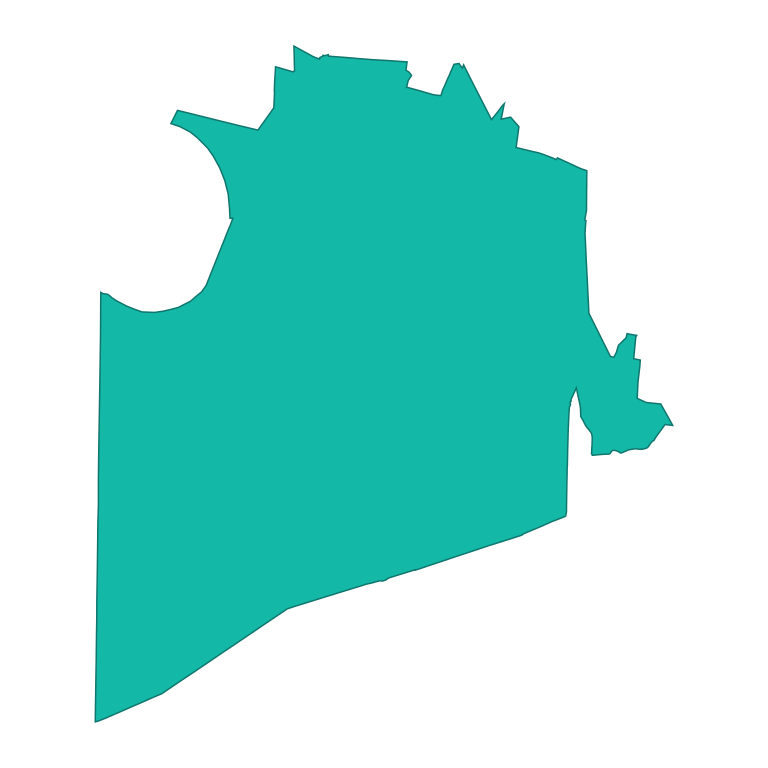 Atenco, México, Mexico
{"feature_id": "50627088B50781851998453", "entity_name": "Atenco", "entity_type": "district", "adm_level": 2, "iso_a3": "MEX", "parent_name": "Mexico", "parent_adm1": "México", "projection": "equal_earth", "projection_center": [-98.95, 19.543], "detail": "fine", "context": "isolated", "style": "filled", "palette": "teal", "viewbox_px": 768, "rotation_deg": 0, "n_neighbors": 0, "source": "geoboundaries", "source_scale": "gbopen_adm2", "svg_char_len": 5086}
<svg xmlns="http://www.w3.org/2000/svg" viewBox="0 0 768 768"><path d="M177.5,110.4L174.2,117.0L170.9,123.6L179.9,126.6L183.1,128.3L190.2,132.0L197.2,137.6L202.3,142.7L207.5,147.9L213.2,156.0L219.8,168.0L224.8,180.6L228.2,194.0L229.5,208.0L230.0,218.3L232.9,218.3L229.5,227.2L229.3,227.3L223.0,243.1L218.8,253.6L212.5,269.4L206.2,285.3L201.6,291.9L198.4,294.4L190.4,301.3L184.4,304.3L178.4,307.4L173.6,308.7L163.8,311.1L154.7,312.4L148.3,312.2L141.9,311.9L133.8,309.0L126.7,306.1L116.5,300.8L114.3,299.3L112.1,297.9L109.9,295.9L107.5,294.2L103.1,293.7L100.8,292.4L100.7,302.0L100.6,323.3L100.5,336.4L100.3,352.1L99.8,385.5L99.2,422.5L98.7,453.8L98.4,482.2L98.4,504.9L97.9,522.8L97.5,555.7L97.3,571.1L97.1,584.3L96.8,603.1L96.8,616.1L96.5,633.7L96.3,649.8L96.2,661.0L96.1,665.7L95.8,685.0L95.3,718.2L95.3,721.9L98.9,720.8L105.9,718.0L113.3,714.8L120.7,711.6L126.4,709.1L133.9,705.8L139.5,703.4L149.2,699.1L155.0,696.6L162.0,693.6L166.5,690.5L175.0,684.7L184.8,678.1L192.3,673.1L198.1,669.2L206.5,663.5L214.9,657.8L223.1,652.2L230.4,647.3L238.6,641.8L248.6,635.0L254.7,630.9L262.0,625.9L270.2,620.4L280.7,613.3L287.5,608.7L289.6,608.1L294.3,606.5L305.3,603.1L312.4,600.9L322.0,597.9L328.9,595.8L335.6,593.7L346.3,590.4L351.8,588.7L358.7,586.6L366.2,584.2L370.9,583.2L373.1,582.6L376.3,581.7L380.2,580.7L382.5,581.1L386.3,579.8L386.5,579.7L387.1,579.0L387.8,578.5L388.4,578.2L388.9,577.9L389.6,577.7L396.3,575.6L405.6,572.7L415.0,569.8L415.1,570.2L419.8,568.7L429.2,565.5L438.6,562.4L448.1,559.2L452.8,557.6L462.2,554.5L471.6,551.4L477.3,549.5L488.6,545.7L494.5,543.9L502.6,541.3L509.7,539.1L516.8,536.8L521.7,535.2L523.3,534.0L526.5,532.5L535.9,528.6L542.7,525.7L551.4,521.8L565.1,516.5L565.7,515.8L566.5,511.9L566.5,510.0L566.5,507.0L566.6,501.5L566.7,493.4L566.8,488.7L566.8,487.9L566.9,481.9L567.1,473.6L567.1,471.9L567.2,466.8L567.4,465.8L567.4,464.0L567.6,455.0L567.6,452.5L567.8,445.2L567.9,441.2L568.1,434.0L568.2,431.0L568.6,420.7L568.9,416.0L568.9,413.2L569.0,412.7L569.4,407.3L570.5,404.6L570.1,402.0L570.6,401.7L571.0,401.5L571.1,399.3L574.9,391.1L576.3,387.9L576.7,389.5L577.2,391.9L578.0,395.8L579.0,400.5L579.5,402.1L579.6,403.2L580.1,405.8L580.5,408.9L580.6,411.8L580.7,415.2L580.7,416.3L581.4,417.7L582.4,419.4L583.3,421.0L585.7,425.7L586.0,426.1L587.4,428.0L588.8,429.6L589.7,430.8L590.6,431.9L591.2,433.0L591.7,434.1L592.2,436.9L592.2,440.8L592.1,442.1L592.0,445.4L591.8,447.8L591.7,450.0L591.7,451.8L591.5,453.8L591.9,454.2L592.3,455.3L602.1,454.4L608.5,454.1L609.6,453.9L610.4,453.2L611.3,451.7L611.8,451.0L612.6,450.6L613.4,450.4L614.5,450.3L617.8,451.2L619.2,452.2L620.1,452.8L620.8,453.0L621.6,452.9L627.8,450.2L629.5,449.7L631.5,449.3L632.5,449.2L633.4,449.0L635.7,448.8L638.3,449.1L639.4,449.2L641.3,449.3L642.6,449.2L643.6,448.9L644.5,448.7L646.1,448.3L647.6,447.5L648.8,446.1L651.3,442.4L652.2,441.5L653.5,440.6L654.2,440.1L655.4,437.8L664.6,425.1L665.3,424.6L672.7,425.4L666.8,414.7L660.8,404.0L651.1,403.0L646.2,402.5L637.2,398.4L638.0,381.9L639.9,365.7L640.0,364.0L640.3,360.1L639.7,359.9L637.4,359.5L634.1,358.8L633.7,358.7L635.8,336.9L636.7,335.4L631.3,334.5L627.1,333.6L626.1,337.8L622.3,341.5L618.5,345.3L617.7,347.8L616.5,352.1L616.4,352.3L613.8,357.3L610.4,356.4L607.3,350.2L601.8,339.2L597.2,329.9L597.1,329.7L592.7,320.9L590.9,317.3L590.7,316.9L589.1,313.6L588.9,313.3L588.4,302.9L588.4,302.3L588.2,299.1L587.9,293.3L587.9,292.9L587.7,289.9L587.5,284.2L587.0,275.0L586.8,272.2L586.8,271.9L586.8,270.5L586.3,261.7L586.2,258.8L585.7,247.9L585.3,239.5L585.2,237.2L585.1,235.0L585.0,234.8L585.1,231.6L585.4,227.3L585.9,220.6L584.8,220.1L584.8,219.9L586.5,210.3L586.5,210.2L586.6,191.1L586.6,190.9L586.7,185.7L586.7,184.2L586.7,180.5L586.8,171.4L586.8,171.2L586.8,170.7L580.7,168.6L576.1,166.5L566.8,162.2L557.5,157.9L556.2,159.6L553.5,158.3L542.4,154.1L538.4,152.8L531.2,151.2L526.3,150.0L516.1,147.5L518.9,126.7L510.6,117.2L501.3,119.1L501.4,118.2L504.0,104.9L504.3,103.7L502.2,105.8L499.7,109.2L497.4,112.3L491.5,119.6L485.9,108.7L479.7,96.6L473.7,84.9L469.2,76.0L463.6,64.9L462.4,68.1L460.9,66.3L459.0,63.5L454.0,64.3L450.7,71.8L449.4,75.0L447.3,79.5L445.1,84.7L442.7,89.9L440.9,95.6L437.9,95.3L433.6,94.8L426.7,92.8L426.3,92.7L421.2,91.2L412.6,88.8L407.0,87.3L406.6,87.4L408.0,81.3L408.2,80.5L411.5,75.6L410.6,74.0L408.8,72.0L405.9,70.1L406.1,69.3L407.0,62.3L407.1,61.9L387.1,60.5L377.9,60.0L373.3,59.7L372.7,59.7L370.1,59.5L368.9,59.4L366.7,59.2L358.5,58.6L353.3,58.1L342.2,57.2L332.8,56.5L328.5,56.1L328.3,54.7L324.0,55.8L323.5,55.2L323.1,55.2L322.5,56.3L319.9,57.5L319.6,59.1L316.4,57.9L314.3,57.1L313.1,56.6L312.9,56.5L312.3,56.2L311.7,55.8L305.7,52.5L300.7,49.8L295.6,47.0L294.4,46.3L293.9,46.1L294.1,51.0L294.1,54.1L294.1,54.3L294.2,55.5L294.3,61.4L294.4,65.1L294.5,68.8L294.6,70.8L292.9,71.8L282.8,68.9L279.1,67.8L275.5,66.8L275.4,68.6L275.2,73.1L275.0,75.6L274.5,85.4L274.3,91.2L274.6,91.3L273.8,107.8L272.6,109.5L265.4,119.7L260.5,126.5L258.0,130.1L252.0,128.7L249.2,128.0L238.6,125.5L228.6,123.0L221.1,121.2L213.1,119.2L207.5,117.8L203.5,116.8L196.9,115.2L192.3,114.0L177.5,110.4Z" fill="#14b8a6" stroke="#0f766e" stroke-width="1.5"/></svg>